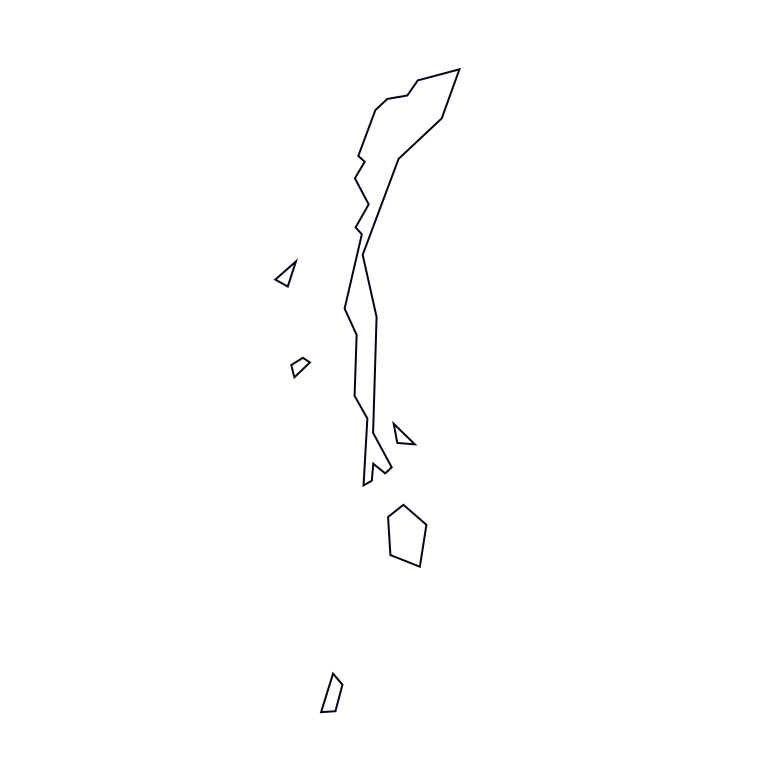 the border of New Ireland, rotated 227°
{"feature_id": "PNG-1255", "entity_name": "New Ireland", "entity_type": "Province", "adm_level": 1, "iso_a3": "PNG", "parent_name": "Papua New Guinea", "parent_adm1": "", "projection": "equal_earth", "projection_center": [151.706, -3.097], "detail": "coarse", "context": "isolated", "style": "outline", "palette": "ink", "viewbox_px": 768, "rotation_deg": 227, "n_neighbors": 0, "source": "natural_earth", "source_scale": "10m", "svg_char_len": 771}
<svg xmlns="http://www.w3.org/2000/svg" viewBox="0 0 768 768"><g transform="rotate(227 384 384)"><path d="M590.2,564.5L590.2,580.9L579.1,597.8L583.0,615.8L562.7,653.8L538.9,607.4L538.7,548.2L493.0,456.5L438.1,424.3L355.7,342.7L317.8,332.8L317.8,323.9L333.0,321.8L321.6,309.1L323.8,299.9L370.1,348.3L395.4,354.4L438.6,397.5L466.0,406.6L508.6,469.9L517.9,470.0L525.8,495.3L554.3,503.0L559.7,521.5L568.3,520.7L590.2,564.5ZM284.0,296.3L282.4,315.8L252.1,319.0L225.9,285.6L254.5,272.0L284.0,296.3ZM186.9,114.2L206.9,149.2L192.4,148.5L177.8,125.3L186.9,114.2ZM534.5,375.7L533.7,403.2L520.9,380.1L534.5,375.7ZM461.1,329.1L458.5,342.5L450.3,344.5L450.0,323.0L461.1,329.1ZM331.8,353.5L348.3,364.0L318.9,365.4L331.8,353.5Z" fill="none" stroke="#020617" stroke-width="2"/></g></svg>